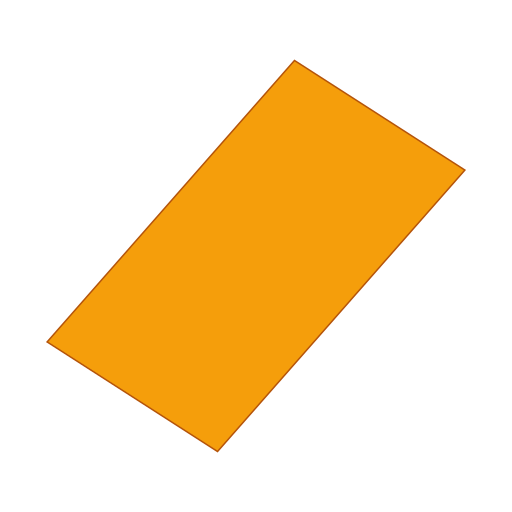 an SVG outline of Ashmore and Cartier Islands, rotated 126°
{"feature_id": "ATC", "entity_name": "Ashmore and Cartier Islands", "entity_type": "country or territory", "adm_level": 0, "iso_a3": "ATC", "parent_name": "Oceania", "parent_adm1": "", "projection": "natural_earth1", "projection_center": [123.586, -12.43], "detail": "fine", "context": "isolated", "style": "filled", "palette": "amber", "viewbox_px": 512, "rotation_deg": 126, "n_neighbors": 0, "source": "natural_earth", "source_scale": "50m", "svg_char_len": 229}
<svg xmlns="http://www.w3.org/2000/svg" viewBox="0 0 512 512"><g transform="rotate(126 256 256)"><path d="M436.8,172.2L448.3,374.5L75.2,339.8L63.7,137.5L436.8,172.2Z" fill="#f59e0b" stroke="#b45309" stroke-width="1.5"/></g></svg>